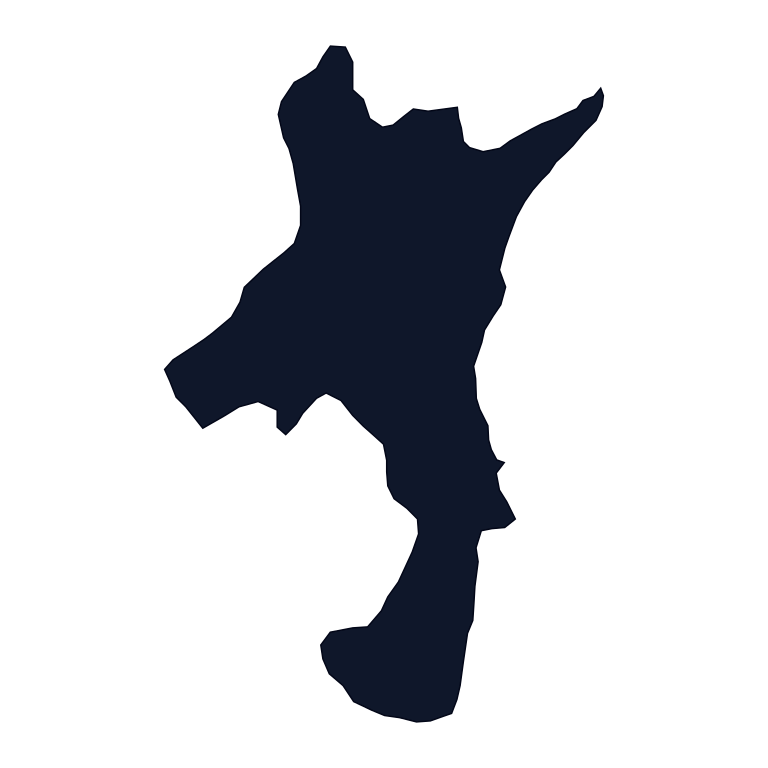 Limnia, Cyprus
{"feature_id": "46923920B85062050143920", "entity_name": "Limnia", "entity_type": "district", "adm_level": 2, "iso_a3": "CYP", "parent_name": "Cyprus", "parent_adm1": "", "projection": "orthographic", "projection_center": [33.856, 35.188], "detail": "fine", "context": "isolated", "style": "filled", "palette": "ink", "viewbox_px": 768, "rotation_deg": 0, "n_neighbors": 0, "source": "geoboundaries", "source_scale": "gbopen_adm2", "svg_char_len": 1859}
<svg xmlns="http://www.w3.org/2000/svg" viewBox="0 0 768 768"><path d="M457.3,107.3L428.1,111.2L413.3,109.0L403.7,116.5L393.1,125.1L382.5,127.2L369.7,118.6L363.3,99.4L352.7,89.8L352.7,78.1L352.7,62.1L345.3,47.1L330.4,46.1L323.0,56.7L316.6,68.5L306.0,76.0L294.3,82.4L281.5,101.6L278.3,114.4L283.6,137.8L289.0,148.5L293.2,163.5L297.5,189.1L300.6,206.2L300.6,225.4L294.3,243.5L283.6,253.1L274.1,260.6L263.4,269.1L244.3,287.3L240.0,302.2L231.5,317.2L212.4,333.2L203.9,339.6L191.1,348.1L173.1,359.8L164.6,369.4L169.9,381.2L176.2,397.2L185.8,406.8L202.8,428.2L225.1,415.4L239.0,406.8L258.1,401.5L277.2,410.1L277.2,427.1L285.7,434.6L296.3,423.9L302.7,413.3L316.5,398.3L326.1,393.0L341.0,400.5L352.7,415.4L363.3,426.1L372.9,434.6L383.5,444.2L386.7,460.3L386.7,472.0L387.8,485.9L394.1,498.7L406.9,508.3L417.5,519.0L418.6,533.9L412.2,552.1L405.8,566.0L398.4,582.0L387.8,596.9L381.4,610.8L367.6,626.9L352.7,627.9L330.3,632.2L320.8,645.0L322.9,658.9L329.3,673.8L343.1,685.6L353.7,701.6L371.8,710.2L384.6,715.5L399.5,717.6L416.5,721.9L430.3,720.9L443.2,716.3L451.6,713.4L456.9,699.5L460.1,685.6L463.3,662.1L467.5,633.3L472.8,620.4L473.9,603.4L474.9,586.3L478.1,561.7L476.0,547.8L481.3,530.7L491.9,528.6L504.7,527.5L515.3,519.0L506.8,501.9L499.4,490.1L496.2,473.1L504.2,462.6L496.7,459.9L491.3,449.6L488.6,440.0L487.9,425.7L479.7,409.3L476.3,398.4L475.6,378.5L473.6,366.2L481.8,342.3L484.5,330.0L493.3,315.7L500.8,304.7L505.6,287.0L499.4,269.9L504.9,248.0L509.0,236.4L516.4,216.6L524.6,201.6L532.7,190.0L541.6,179.7L549.1,172.2L555.9,162.0L564.7,153.8L572.9,145.6L583.7,132.6L596.0,120.3L602.1,106.6L603.4,95.7L600.7,88.2L593.9,96.4L583.0,100.5L576.9,108.7L564.7,114.1L555.2,118.9L542.2,123.7L531.4,129.2L519.1,136.0L510.3,140.8L500.1,148.3L483.1,151.7L469.5,147.6L463.4,141.5L461.3,127.8L458.6,118.3L457.3,107.3Z" fill="#0f172a" stroke="#020617" stroke-width="1.5"/></svg>